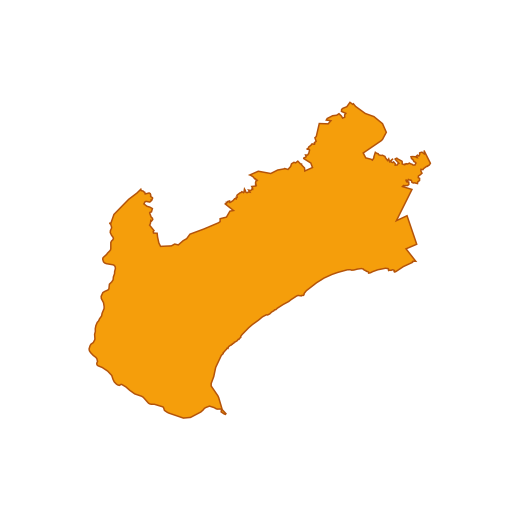 La Unión de Isidoro Montes de Oca, Guerrero, Mexico (Natural Earth projection), rotated 296°
{"feature_id": "50627088B26941201425875", "entity_name": "La Unión de Isidoro Montes de Oca", "entity_type": "district", "adm_level": 2, "iso_a3": "MEX", "parent_name": "Mexico", "parent_adm1": "Guerrero", "projection": "natural_earth1", "projection_center": [-101.827, 18.009], "detail": "fine", "context": "isolated", "style": "filled", "palette": "amber", "viewbox_px": 512, "rotation_deg": 296, "n_neighbors": 0, "source": "geoboundaries", "source_scale": "gbopen_adm2", "svg_char_len": 6129}
<svg xmlns="http://www.w3.org/2000/svg" viewBox="0 0 512 512"><g transform="rotate(296 256 256)"><path d="M221.2,110.3L220.6,111.7L218.6,113.6L217.4,114.0L215.0,114.0L213.2,114.7L211.3,117.1L210.1,119.4L209.1,120.2L207.7,120.2L206.2,119.6L204.5,119.6L198.9,122.3L197.4,122.6L193.2,121.2L192.1,121.1L187.6,119.3L186.6,119.4L185.7,119.8L183.9,121.5L183.4,123.0L183.5,124.8L185.4,131.3L185.5,132.2L184.8,134.0L183.2,135.1L179.9,135.8L178.2,136.6L174.6,137.0L172.0,138.0L169.5,137.7L166.4,136.6L162.0,138.2L160.5,137.8L157.9,135.6L156.0,134.4L151.9,134.5L150.0,135.6L147.2,139.4L144.1,141.6L142.2,142.5L137.0,142.8L134.5,143.5L130.8,142.9L128.8,143.0L126.7,142.4L123.2,142.6L120.2,143.4L117.7,144.7L114.8,145.3L111.0,147.5L110.0,147.8L106.9,147.7L104.3,146.3L102.5,146.2L99.3,146.7L97.8,147.8L96.6,149.8L95.3,153.3L94.7,156.4L94.0,157.9L91.8,159.8L89.8,159.9L88.7,160.6L88.2,161.4L88.1,162.3L88.4,166.7L87.5,173.2L85.4,178.7L82.5,181.5L80.7,183.8L79.7,186.6L79.5,188.1L79.8,189.9L81.5,191.0L81.7,191.8L81.3,196.5L79.9,201.5L78.9,207.4L79.8,214.7L79.6,216.6L77.2,222.4L76.6,223.9L76.5,225.3L76.8,226.7L78.2,229.7L79.6,238.5L79.0,239.6L77.1,241.4L76.6,244.7L76.6,246.6L78.5,261.8L82.2,267.9L91.6,274.8L94.5,276.0L96.4,276.4L97.8,277.3L100.7,280.0L101.4,284.9L101.2,287.3L101.5,288.5L103.1,291.5L102.5,292.4L100.6,293.0L100.1,296.3L100.2,297.9L101.1,298.1L103.1,293.0L112.3,284.6L113.7,282.9L119.5,272.7L121.8,271.6L129.0,270.9L138.2,268.6L151.5,268.4L153.9,269.3L154.7,268.9L156.1,269.5L158.3,269.9L159.0,270.4L160.3,270.3L160.7,270.7L160.7,271.3L162.3,271.1L163.8,271.7L165.3,272.9L165.8,272.7L166.3,273.4L167.2,273.5L167.5,274.0L168.5,274.4L169.1,274.3L169.5,274.9L171.6,276.2L173.4,276.6L173.6,277.2L175.0,277.4L176.1,278.0L177.1,277.5L179.3,277.9L188.4,280.9L192.8,282.8L199.3,286.3L204.2,288.5L207.7,291.1L208.1,292.3L210.0,293.7L212.5,294.6L214.7,296.1L215.7,296.2L216.4,297.3L218.5,298.1L224.4,301.7L229.5,305.4L231.7,306.4L237.8,310.0L239.0,311.1L240.0,314.2L240.5,314.3L241.4,315.9L242.3,316.1L243.5,315.7L247.0,316.5L258.6,322.2L266.0,326.8L272.9,332.5L277.2,336.8L283.6,344.1L285.0,346.7L285.2,348.2L286.3,350.1L288.7,352.9L290.9,356.2L291.3,358.2L290.8,359.3L291.0,361.3L290.6,361.8L291.0,363.5L290.8,364.2L290.0,364.7L290.1,364.9L291.2,366.3L293.2,367.8L297.0,371.5L301.8,377.8L302.6,380.3L302.5,380.6L301.3,381.3L301.1,381.7L301.7,382.0L302.3,383.7L303.4,384.6L303.7,386.1L303.5,386.8L302.5,387.0L302.4,387.7L303.4,388.6L311.1,393.1L318.6,399.2L319.3,399.5L319.7,399.1L320.3,399.7L321.3,401.9L328.2,387.7L337.0,395.3L358.4,374.1L349.3,366.7L384.2,367.0L382.6,357.2L384.1,357.7L384.3,358.5L385.8,361.3L387.3,362.0L389.4,360.9L388.7,359.1L389.5,357.8L390.1,357.7L390.0,358.6L390.3,359.5L391.6,359.4L391.7,361.4L392.2,361.8L391.6,363.0L390.6,363.7L390.5,364.3L390.6,365.5L391.2,366.2L391.9,369.4L393.6,368.9L395.5,369.9L397.5,369.0L397.5,367.5L399.1,366.9L401.1,368.1L403.2,368.9L404.6,367.0L406.2,366.3L406.8,368.2L408.0,368.3L411.2,370.0L411.8,370.9L412.2,370.7L413.7,371.9L415.8,372.1L424.5,360.7L422.1,363.2L421.5,362.8L421.8,361.0L422.2,360.6L421.8,359.2L420.4,357.9L419.0,358.6L417.4,358.6L417.2,358.3L417.4,356.9L416.1,356.4L415.1,357.8L414.9,357.0L415.2,356.1L414.1,353.3L413.2,351.8L411.7,353.1L411.5,354.6L410.1,356.6L410.3,357.0L409.7,359.0L407.5,359.0L406.6,357.4L406.9,355.9L406.6,354.5L406.8,353.2L405.1,351.8L404.9,350.9L404.7,351.0L404.2,349.8L403.7,350.0L403.2,349.7L403.3,349.0L402.9,348.5L402.9,347.0L404.9,346.0L405.2,345.6L405.4,340.4L405.7,339.7L404.3,338.5L403.9,338.7L402.0,343.8L401.0,343.1L399.7,343.0L398.7,341.3L399.9,340.8L400.9,338.4L399.8,337.8L399.7,335.4L403.5,336.5L399.3,334.7L401.5,332.7L399.5,332.4L401.1,329.2L402.0,328.3L402.0,325.5L401.2,324.3L400.8,322.5L400.9,321.8L401.5,320.9L401.2,319.4L401.5,317.8L396.7,318.5L396.0,318.9L393.2,318.6L393.4,317.1L392.3,311.6L395.6,307.2L414.5,318.0L416.2,318.6L424.3,318.9L430.4,311.7L433.0,300.9L432.0,291.7L434.1,279.9L435.5,276.8L434.7,276.5L435.3,273.1L430.0,272.2L426.8,269.3L425.3,268.7L423.4,269.4L423.6,274.2L421.7,273.8L419.6,274.9L417.9,273.4L419.2,271.5L420.3,268.2L417.9,266.8L415.7,263.4L410.8,259.7L409.0,259.6L410.4,264.0L406.4,262.9L402.8,254.8L389.8,257.8L388.1,257.1L385.4,259.8L383.5,258.8L382.6,259.6L382.1,259.6L381.8,259.1L381.7,258.0L381.0,257.0L379.8,256.9L377.1,255.6L375.4,255.7L374.7,255.0L374.4,255.2L375.1,257.1L374.8,257.7L371.5,258.4L369.3,258.1L368.5,256.2L367.2,257.6L366.3,257.1L365.3,256.1L364.8,256.0L364.5,256.2L363.6,264.5L360.3,268.0L353.8,262.6L356.4,261.0L357.8,257.1L358.6,256.7L358.3,255.5L359.6,252.0L357.1,250.8L356.8,249.0L354.4,247.5L351.6,247.9L347.8,246.8L347.2,243.4L346.8,243.3L342.8,237.8L336.6,233.1L333.2,220.9L326.1,214.9L326.2,216.3L325.8,219.1L324.8,220.9L324.8,221.4L325.2,221.6L324.7,222.7L324.6,224.0L324.0,223.8L323.6,223.1L321.5,223.5L321.3,223.9L320.5,224.0L320.4,224.6L319.7,224.6L319.3,225.4L319.1,225.3L319.3,224.8L318.6,224.8L316.8,222.0L316.7,222.3L316.4,222.0L315.7,222.9L315.2,222.8L314.9,223.7L314.4,223.8L314.3,223.2L312.6,222.6L312.0,220.5L310.7,222.6L310.2,221.1L309.3,220.6L308.8,219.6L309.1,218.5L310.2,217.7L311.1,216.3L308.1,217.2L307.5,217.1L307.6,215.1L306.6,214.9L306.0,214.1L302.7,212.4L302.0,212.3L300.6,213.4L300.1,213.2L300.0,212.5L298.6,213.1L298.6,212.3L298.2,211.7L295.8,211.1L292.8,209.3L292.5,208.8L293.9,208.1L292.6,206.7L291.7,206.9L291.3,205.8L289.9,206.5L289.5,206.2L289.5,205.5L289.3,205.5L287.0,215.8L284.9,212.9L278.0,212.4L273.8,207.4L271.2,208.7L269.5,207.8L257.3,197.2L246.7,187.1L241.2,186.1L237.8,183.8L231.9,181.3L231.1,177.7L228.0,175.5L222.8,166.0L225.1,163.0L229.9,159.2L233.1,157.2L231.7,153.8L232.9,152.9L234.1,153.2L237.1,146.8L238.7,146.9L241.8,145.9L241.6,146.8L243.5,147.2L244.6,146.3L245.1,144.6L248.1,141.5L248.7,141.5L249.8,142.7L253.2,142.1L253.4,139.2L252.9,136.1L253.7,132.4L256.1,132.5L256.9,133.2L257.9,136.9L260.1,137.8L260.4,137.3L260.8,137.8L262.7,137.7L263.0,137.4L263.3,135.2L264.5,134.8L265.7,133.6L265.8,132.3L263.2,129.2L264.5,128.1L264.5,127.0L264.9,125.9L264.4,124.2L265.5,123.2L260.4,121.4L251.1,116.7L231.1,110.1L221.8,111.2L221.6,110.3L221.2,110.3Z" fill="#f59e0b" stroke="#b45309" stroke-width="1.5"/></g></svg>